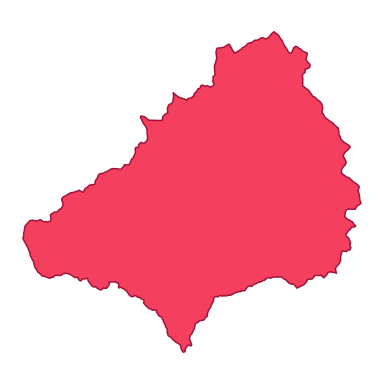 the district of Corongo, Áncash, Peru
{"feature_id": "86281439B61855714757276", "entity_name": "Corongo", "entity_type": "district", "adm_level": 2, "iso_a3": "PER", "parent_name": "Peru", "parent_adm1": "Áncash", "projection": "robinson", "projection_center": [-77.904, -8.563], "detail": "fine", "context": "isolated", "style": "filled", "palette": "rose", "viewbox_px": 384, "rotation_deg": 0, "n_neighbors": 0, "source": "geoboundaries", "source_scale": "gbopen_adm2", "svg_char_len": 5929}
<svg xmlns="http://www.w3.org/2000/svg" viewBox="0 0 384 384"><path d="M336.4,273.0L335.5,269.8L335.9,267.4L338.9,264.0L340.4,261.3L340.8,255.7L341.9,251.5L342.2,251.1L342.8,251.0L346.5,251.6L348.2,249.9L349.5,250.0L350.0,249.8L350.9,247.7L350.0,245.6L350.5,242.2L349.7,240.9L348.6,237.9L346.2,236.1L345.7,235.3L345.7,234.6L347.8,231.8L348.4,230.4L349.9,229.8L350.5,229.1L351.1,227.8L351.8,227.2L354.8,226.8L355.6,225.9L354.1,224.4L352.6,222.0L346.7,218.7L345.2,217.0L344.4,215.9L345.1,214.6L345.3,211.9L346.3,210.2L347.3,209.4L349.3,209.0L354.3,209.3L355.3,209.1L356.9,206.0L358.8,205.1L361.0,203.3L359.8,199.9L359.4,195.2L358.1,190.6L359.2,187.0L359.0,186.3L356.4,183.7L353.4,181.9L349.1,177.8L346.6,177.0L343.2,174.5L341.7,173.1L341.4,172.0L341.7,169.1L342.8,167.4L344.9,165.2L345.8,163.9L346.1,162.7L345.7,160.8L344.4,158.0L343.1,156.4L343.8,154.3L344.6,152.9L349.2,148.5L350.1,147.0L350.0,146.4L349.1,145.5L344.0,142.2L340.8,139.2L340.1,136.4L338.8,134.1L338.9,131.5L338.2,129.7L338.3,128.1L335.0,125.5L332.8,123.0L329.1,120.6L324.9,117.4L323.5,114.4L322.0,112.4L322.8,107.8L321.6,103.8L320.6,102.2L316.6,99.1L314.7,97.0L312.8,96.4L309.2,91.0L303.6,86.5L302.9,86.2L302.7,85.7L302.8,78.6L302.5,77.1L302.5,74.5L305.1,72.3L305.1,69.2L305.3,69.0L306.6,68.9L308.4,68.3L309.3,67.8L310.1,66.3L309.9,64.3L307.5,62.0L305.9,59.1L307.0,55.5L307.1,53.0L302.3,51.0L301.0,49.3L299.0,48.5L297.5,47.0L295.7,46.4L295.3,46.5L293.5,48.1L291.8,52.6L291.0,53.1L289.4,52.9L288.0,51.4L286.4,48.2L285.2,46.8L283.0,43.0L282.0,40.4L279.6,37.4L278.9,35.9L278.1,34.9L276.7,33.7L276.0,33.5L274.2,31.8L273.6,32.0L271.5,33.8L268.7,37.3L266.9,38.5L265.7,38.8L264.9,38.7L263.5,37.9L262.5,37.7L261.0,38.0L257.5,40.2L254.5,40.3L252.5,42.2L248.0,43.4L245.5,46.1L242.5,47.8L240.5,49.8L238.8,50.7L238.3,51.4L237.0,51.7L235.4,52.9L234.9,52.9L233.2,51.4L229.4,44.3L228.2,44.5L223.9,47.2L219.8,48.0L217.3,48.1L217.0,48.4L216.1,51.4L216.1,53.6L216.8,58.2L215.9,61.0L215.6,63.1L215.0,63.9L214.4,66.6L215.0,74.3L214.3,75.8L213.1,76.5L213.0,77.0L213.2,79.1L212.7,81.3L214.1,84.7L213.7,85.2L210.1,87.3L207.8,85.7L206.1,85.9L205.3,86.3L203.4,85.5L201.7,85.1L201.2,85.3L200.0,88.1L199.5,88.5L198.2,88.8L197.6,89.3L196.7,91.4L194.6,93.2L194.0,94.4L193.9,95.9L192.7,96.4L191.7,97.7L187.7,98.7L186.8,100.5L184.2,98.8L180.7,98.0L179.2,97.4L176.3,95.4L173.4,92.9L173.2,93.8L173.5,95.2L173.5,97.7L172.8,101.6L171.6,103.6L169.5,104.3L168.4,105.5L167.5,108.0L167.4,110.5L167.9,112.2L167.1,113.1L165.1,114.2L163.0,116.3L162.3,120.1L161.9,120.3L160.0,120.5L149.2,120.2L147.9,119.6L145.0,117.0L141.2,115.9L140.6,117.2L140.9,118.4L142.2,120.7L143.2,123.1L146.1,127.1L147.1,130.3L147.1,133.6L147.6,137.1L147.1,140.5L144.2,143.3L143.0,143.2L141.1,142.4L140.2,142.8L138.5,145.1L138.7,146.4L138.3,147.4L136.0,147.3L135.2,148.7L135.5,152.3L133.2,157.9L131.7,159.1L130.7,161.1L130.3,162.6L129.1,164.5L128.3,165.1L125.0,164.6L124.4,164.9L123.5,166.5L121.0,169.2L120.2,169.3L116.9,168.7L112.8,168.6L111.4,168.9L109.6,169.9L108.1,171.0L104.7,172.3L102.8,173.5L100.3,173.6L99.5,174.1L98.2,175.4L97.4,178.0L96.5,179.4L95.4,180.5L95.0,183.3L94.5,184.3L94.3,184.6L91.5,184.7L88.9,185.5L87.9,186.7L85.0,188.8L83.2,192.2L81.7,191.8L79.2,190.3L78.7,190.3L76.9,191.4L75.2,191.7L73.5,192.4L70.7,192.7L65.3,196.0L63.4,196.8L61.7,199.0L61.8,200.2L62.9,203.4L62.8,206.2L60.8,208.8L59.3,209.5L57.2,211.9L54.2,212.2L50.5,214.7L51.0,219.2L50.9,220.2L50.5,220.8L48.9,221.7L47.9,221.9L46.0,221.6L44.0,221.8L42.4,221.1L41.3,220.1L39.9,219.7L39.0,220.0L37.8,220.9L36.8,221.1L32.4,220.2L29.7,220.6L29.2,221.6L27.1,223.6L24.8,226.7L24.3,230.9L23.9,232.3L23.5,236.3L23.0,238.0L23.0,238.8L27.4,246.8L29.8,252.5L30.4,256.0L33.6,261.8L34.5,266.1L35.2,267.6L37.9,272.1L40.6,274.2L41.9,275.9L44.3,276.2L48.1,277.8L50.1,278.2L51.2,277.5L53.6,277.0L55.0,275.3L57.4,275.1L58.1,275.5L60.3,275.5L61.7,274.9L63.4,273.5L67.2,273.3L71.3,275.1L74.7,277.5L77.6,277.4L79.2,280.2L80.2,280.8L81.1,280.7L82.8,278.8L85.0,279.0L87.3,278.2L87.6,278.6L88.2,280.9L92.2,286.3L93.7,286.9L95.8,286.9L97.1,288.1L99.6,289.7L100.6,289.9L101.8,289.6L103.2,288.1L103.9,288.0L105.9,288.4L107.0,287.9L109.1,284.9L109.3,284.2L109.2,282.7L109.5,282.1L114.6,281.9L116.1,282.1L117.0,282.9L118.1,283.2L118.7,283.8L118.8,285.0L118.4,286.7L118.7,287.4L119.1,287.9L120.3,287.4L121.1,287.5L122.7,288.5L124.0,288.9L127.4,292.0L128.7,294.3L130.3,296.0L131.3,296.5L132.7,296.7L135.3,295.5L135.9,295.5L137.5,297.2L139.5,297.4L140.9,298.6L143.9,300.0L144.2,300.9L143.6,302.6L143.7,303.1L146.6,306.5L149.0,308.5L150.8,309.1L152.6,310.2L155.6,309.9L156.4,310.2L156.4,311.9L157.3,313.5L159.3,316.2L160.7,316.7L161.5,317.4L162.9,319.7L163.8,322.3L164.9,324.1L165.7,326.8L167.2,329.3L167.2,332.5L168.2,335.6L169.2,336.4L171.2,337.4L172.7,339.6L174.1,340.4L175.9,342.2L180.2,344.7L180.6,345.4L181.2,348.8L181.6,349.8L182.8,351.8L183.8,352.2L185.1,351.5L185.2,349.5L186.1,347.5L187.6,345.6L188.8,345.1L190.6,345.9L191.2,345.8L191.7,344.8L189.4,338.6L189.7,338.0L189.8,336.6L190.2,335.4L191.7,333.8L192.5,332.6L192.8,331.1L194.1,329.5L195.4,323.7L197.7,322.4L199.4,321.0L200.7,320.5L203.7,320.1L205.6,317.5L207.1,316.5L207.3,315.8L207.1,315.0L208.6,310.0L210.4,307.7L211.1,305.6L213.5,300.8L213.9,297.7L214.7,296.9L215.8,296.6L218.1,296.8L218.7,296.5L219.7,295.5L222.2,296.1L223.5,295.8L226.4,295.9L228.5,295.2L230.4,295.3L235.2,292.8L238.2,291.9L241.0,291.4L242.7,290.6L243.8,290.8L244.9,290.5L247.6,286.8L248.5,286.3L249.5,285.8L251.3,286.5L251.9,286.4L252.8,285.1L254.8,284.0L256.2,283.7L257.8,282.5L261.5,281.6L263.5,280.3L264.6,280.3L265.1,279.4L265.6,279.3L267.4,277.8L268.5,277.6L270.6,278.2L273.7,277.0L278.5,277.1L280.9,276.9L281.9,277.2L283.5,278.7L285.5,279.6L289.3,283.4L291.9,284.2L293.8,284.2L297.0,288.1L304.0,284.6L306.7,281.7L307.3,279.7L308.9,279.2L311.8,279.0L312.5,278.7L315.1,275.3L318.9,275.6L320.8,275.1L323.4,277.5L324.0,277.7L326.5,275.0L327.8,272.9L329.2,271.9L331.4,272.0L336.4,273.0Z" fill="#f43f5e" stroke="#9f1239" stroke-width="1.5"/></svg>